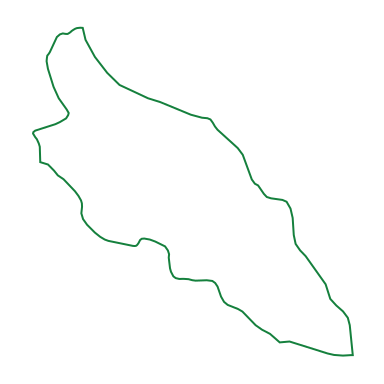 an SVG outline of Mostaganem, rotated 89°
{"feature_id": "DZA-2202", "entity_name": "Mostaganem", "entity_type": "Province", "adm_level": 1, "iso_a3": "DZA", "parent_name": "Algeria", "parent_adm1": "", "projection": "natural_earth1", "projection_center": [0.307, 36.01], "detail": "fine", "context": "isolated", "style": "outline", "palette": "green", "viewbox_px": 384, "rotation_deg": 89, "n_neighbors": 0, "source": "natural_earth", "source_scale": "10m", "svg_char_len": 1667}
<svg xmlns="http://www.w3.org/2000/svg" viewBox="0 0 384 384"><g transform="rotate(89 192 192)"><path d="M26.0,298.4L38.0,295.8L55.3,286.7L71.4,274.7L83.7,262.6L97.5,234.4L101.5,222.3L114.7,191.8L117.9,180.7L118.5,175.3L119.8,172.3L123.1,170.0L126.9,167.9L130.2,165.4L148.9,145.5L155.7,140.6L180.5,132.0L184.8,129.0L186.6,125.8L195.1,120.2L198.3,117.3L199.7,113.1L201.5,101.7L203.4,97.6L210.3,93.8L219.7,91.8L236.8,91.0L245.7,89.3L252.3,84.9L258.1,79.5L286.6,60.0L301.3,55.6L308.0,49.7L314.0,43.1L320.5,38.4L327.9,36.6L357.9,34.1L357.9,36.6L358.2,43.9L357.4,52.8L355.8,59.3L343.2,97.1L343.9,106.9L335.2,116.5L330.9,124.4L326.3,130.7L312.4,143.7L309.8,148.0L305.5,158.3L302.4,161.9L297.1,164.8L287.0,168.1L283.4,170.4L281.3,173.2L280.5,178.8L280.7,189.9L280.2,193.2L279.1,197.0L278.7,201.8L278.7,206.3L277.8,209.8L276.0,212.1L271.4,214.4L267.9,215.3L257.2,216.4L253.8,216.0L250.1,217.1L245.9,219.9L240.9,229.6L238.8,235.0L237.7,240.6L237.9,243.1L239.1,244.7L242.2,246.4L243.8,247.6L244.7,248.6L245.0,249.9L244.9,251.8L239.4,276.5L238.0,280.1L235.2,284.6L230.9,289.8L222.9,297.5L217.2,301.4L211.4,303.0L204.8,302.2L201.4,302.3L198.5,303.1L193.9,305.6L189.2,309.0L177.0,320.2L173.0,325.9L168.2,329.6L162.0,335.5L159.5,343.2L144.1,343.4L140.9,344.3L136.5,346.2L134.4,347.8L130.8,349.9L129.4,349.6L127.9,347.7L121.8,327.4L119.8,322.9L116.2,316.6L113.0,314.5L110.9,313.9L107.4,315.8L96.0,323.6L84.4,328.6L66.3,333.9L58.7,335.1L55.2,334.7L53.1,334.3L51.6,333.0L49.7,331.7L34.7,324.4L32.1,321.3L31.2,318.4L31.7,315.8L31.8,313.6L30.9,312.0L30.0,310.7L28.9,309.5L27.8,307.8L26.7,305.9L26.1,304.1L25.8,300.9L26.0,298.4Z" fill="none" stroke="#15803d" stroke-width="2"/></g></svg>